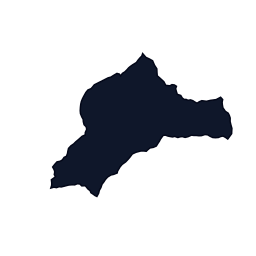 Vera Cruz, São Paulo, Brazil, rotated 241°
{"feature_id": "56859067B10752098024653", "entity_name": "Vera Cruz", "entity_type": "district", "adm_level": 2, "iso_a3": "BRA", "parent_name": "Brazil", "parent_adm1": "São Paulo", "projection": "mercator", "projection_center": [-49.836, -22.226], "detail": "fine", "context": "isolated", "style": "filled", "palette": "ink", "viewbox_px": 256, "rotation_deg": 241, "n_neighbors": 0, "source": "geoboundaries", "source_scale": "gbopen_adm2", "svg_char_len": 2239}
<svg xmlns="http://www.w3.org/2000/svg" viewBox="0 0 256 256"><g transform="rotate(241 128 128)"><path d="M112.9,31.4L112.2,34.4L110.5,36.6L110.1,39.2L108.8,41.1L108.0,44.1L106.9,48.4L105.5,51.5L104.1,53.9L103.9,56.4L102.5,58.7L99.8,59.5L98.2,62.7L94.1,63.4L91.5,64.5L89.4,64.2L86.9,65.5L84.9,66.4L83.2,67.6L85.2,70.7L87.4,72.7L89.0,75.4L91.4,78.0L92.6,80.8L93.9,83.2L95.0,86.4L95.2,90.3L94.4,92.9L93.9,96.7L95.4,98.0L96.5,99.9L97.8,102.1L99.0,105.2L99.5,109.5L100.5,112.7L101.5,115.4L103.2,119.2L102.9,123.3L101.7,128.0L100.1,130.9L98.8,132.7L99.4,134.8L99.9,137.6L98.8,140.7L98.5,144.0L100.3,147.2L101.2,149.0L102.5,150.9L103.6,153.2L104.5,155.2L103.6,157.3L101.7,158.9L100.3,160.5L98.6,162.6L98.0,164.8L95.5,167.0L95.1,169.1L94.2,171.3L92.1,173.4L91.3,176.3L91.0,180.0L89.6,181.9L88.4,184.1L86.9,186.2L85.7,188.5L85.0,192.1L83.4,194.4L81.1,195.7L78.6,197.5L77.1,199.8L75.9,202.4L75.6,205.0L74.9,207.2L72.4,208.8L70.0,209.9L71.4,212.9L72.8,215.9L75.1,217.3L77.3,218.7L80.8,219.5L84.3,220.5L87.2,222.2L89.9,222.7L92.4,222.8L95.4,221.2L99.7,220.8L102.6,221.8L104.9,222.8L107.0,224.6L110.0,223.9L110.1,218.9L111.1,216.3L112.2,213.5L113.3,209.6L116.1,205.8L116.4,203.1L116.2,200.4L118.6,198.9L120.4,198.0L122.3,196.3L123.1,193.9L124.8,192.7L125.8,190.9L127.9,190.0L130.9,189.9L133.6,187.4L136.9,188.1L139.3,188.7L141.0,190.6L143.2,189.4L144.6,187.5L144.6,185.1L147.0,181.7L151.1,181.8L156.2,180.1L159.5,178.9L162.6,180.3L165.8,181.9L170.1,181.6L174.9,182.1L178.1,180.1L181.1,177.9L186.0,176.9L184.2,174.9L183.6,172.7L182.6,170.0L181.2,167.1L181.0,162.6L180.7,159.8L180.3,157.7L179.5,155.6L178.6,152.4L178.5,149.6L177.1,146.8L179.3,146.6L181.1,144.8L181.0,140.7L180.8,137.7L181.5,135.0L182.1,119.5L181.0,116.8L180.3,114.8L180.7,111.4L179.5,108.4L177.0,104.4L175.5,102.2L173.7,100.0L171.7,98.2L169.3,96.5L166.3,94.6L163.6,93.4L160.1,93.0L157.3,93.0L155.2,92.0L152.2,91.2L149.4,92.0L146.9,91.3L144.8,88.5L142.7,87.2L143.0,83.9L141.9,79.1L141.2,75.5L140.4,72.8L140.1,69.5L139.0,66.1L136.9,64.2L135.0,62.7L133.1,60.4L133.3,57.9L131.9,55.1L131.8,52.6L132.8,49.5L131.7,46.3L130.4,43.2L127.3,43.2L125.2,42.7L122.9,40.9L120.8,41.2L120.2,38.9L119.9,35.9L117.0,34.7L114.9,33.5L112.9,31.4Z" fill="#0f172a" stroke="#020617" stroke-width="1.5"/></g></svg>